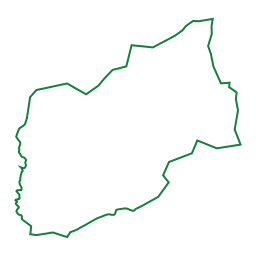 the district of Caxir, Arhangay, Mongolia
{"feature_id": "93677404B64236093980900", "entity_name": "Caxir", "entity_type": "district", "adm_level": 2, "iso_a3": "MNG", "parent_name": "Mongolia", "parent_adm1": "Arhangay", "projection": "albers", "projection_center": [98.445, 47.977], "detail": "fine", "context": "isolated", "style": "outline", "palette": "green", "viewbox_px": 256, "rotation_deg": 0, "n_neighbors": 0, "source": "geoboundaries", "source_scale": "gbopen_adm2", "svg_char_len": 2159}
<svg xmlns="http://www.w3.org/2000/svg" viewBox="0 0 256 256"><path d="M238.0,110.4L235.9,99.3L236.6,92.4L229.1,87.1L229.6,82.7L221.0,83.4L213.4,66.4L210.9,53.9L208.1,45.9L211.7,34.4L211.6,25.9L212.7,18.9L199.1,21.2L198.9,21.2L193.0,21.0L185.9,26.0L182.5,30.3L175.3,35.5L166.9,40.0L152.9,47.4L131.6,45.2L128.8,56.5L126.3,66.4L122.8,67.3L122.7,67.3L121.0,67.8L119.4,68.2L112.6,69.9L107.7,75.0L104.7,78.1L102.7,80.5L98.4,85.7L98.1,85.9L97.7,86.2L86.1,94.3L81.2,91.5L76.9,89.1L67.2,83.5L60.9,84.8L46.5,87.9L45.4,88.1L44.8,88.3L43.1,88.6L36.4,90.0L30.1,97.2L28.0,111.0L26.9,118.1L25.8,121.6L25.0,124.2L23.0,126.0L19.2,128.5L17.5,132.7L16.2,136.7L17.9,139.4L19.0,140.7L20.1,142.2L20.3,143.0L20.2,143.8L18.9,148.4L19.3,149.1L19.4,149.6L19.0,150.8L18.9,151.8L19.3,153.0L19.8,153.6L20.2,153.9L20.9,155.6L21.6,156.4L22.5,157.1L24.2,157.6L25.3,158.7L26.0,159.9L26.0,160.4L25.7,161.1L25.3,162.3L25.4,163.1L25.9,165.0L25.7,166.4L25.0,167.5L24.0,168.2L22.5,167.9L20.7,167.3L21.9,168.7L22.6,170.3L22.6,171.1L21.9,171.7L21.6,172.0L21.5,173.1L21.2,174.2L20.7,175.6L20.3,178.6L20.3,179.8L19.5,181.5L19.4,181.8L19.8,184.4L20.8,186.1L21.5,187.7L21.6,189.1L21.2,190.0L18.5,190.2L17.1,190.3L16.7,190.7L16.5,191.2L17.3,192.2L18.3,193.5L19.3,194.5L19.5,195.8L19.3,196.9L19.6,197.8L19.5,198.6L18.9,199.1L17.9,199.2L16.8,199.5L15.6,199.9L15.4,200.2L15.8,200.7L16.7,201.1L17.1,201.6L16.9,202.0L16.3,202.8L15.8,203.3L15.9,204.0L17.0,205.2L17.7,205.9L18.6,206.5L18.8,207.0L18.8,207.6L18.2,208.2L16.9,209.9L16.4,211.1L17.0,212.6L18.2,214.0L19.2,214.7L20.7,215.2L21.5,215.5L21.9,216.2L21.9,217.4L21.7,218.0L21.9,218.9L22.8,220.0L23.3,220.4L23.9,220.7L31.2,226.2L30.3,234.2L36.4,235.1L52.9,232.5L67.2,237.1L70.1,232.3L76.1,230.0L85.4,224.9L96.7,218.5L107.0,214.5L109.8,214.3L110.9,214.7L112.1,214.9L113.6,214.8L114.4,214.6L115.0,213.9L115.3,213.1L115.8,211.1L116.2,210.2L116.5,209.8L118.2,209.4L119.2,209.2L120.2,209.1L122.6,208.7L124.9,208.4L127.4,208.7L130.0,209.9L132.4,210.7L133.7,210.8L136.0,208.8L142.2,205.8L158.3,196.8L168.7,182.4L163.1,175.3L169.0,162.0L191.9,153.3L197.3,140.5L216.8,148.3L240.6,144.6L234.7,129.6L238.0,110.4Z" fill="none" stroke="#15803d" stroke-width="2"/></svg>